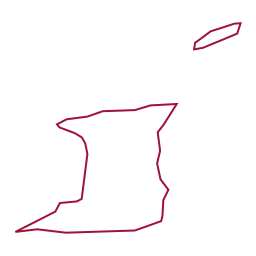 outline of Trinidad and Tobago
{"feature_id": "TTO", "entity_name": "Trinidad and Tobago", "entity_type": "country or territory", "adm_level": 0, "iso_a3": "TTO", "parent_name": "North America", "parent_adm1": "", "projection": "mercator", "projection_center": [-61.19, 10.695], "detail": "fine", "context": "isolated", "style": "outline", "palette": "rose", "viewbox_px": 256, "rotation_deg": 0, "n_neighbors": 0, "source": "natural_earth", "source_scale": "50m", "svg_char_len": 561}
<svg xmlns="http://www.w3.org/2000/svg" viewBox="0 0 256 256"><path d="M161.2,221.1L134.8,230.5L65.8,232.7L37.3,229.3L15.4,231.9L55.3,211.6L60.0,203.0L76.9,201.4L81.7,198.9L87.4,154.0L85.2,143.3L81.8,137.4L74.9,133.2L59.5,127.4L57.0,124.3L66.6,119.3L87.4,116.6L102.8,111.2L134.9,110.1L150.4,105.4L176.7,104.0L163.7,124.6L157.7,132.3L160.1,150.8L157.1,163.4L160.5,179.3L168.4,189.8L163.3,200.1L162.5,215.6L161.2,221.1ZM203.0,47.8L194.1,49.4L195.1,42.8L210.7,31.3L234.6,23.6L240.6,23.3L237.2,33.6L203.0,47.8Z" fill="none" stroke="#9f1239" stroke-width="2"/></svg>